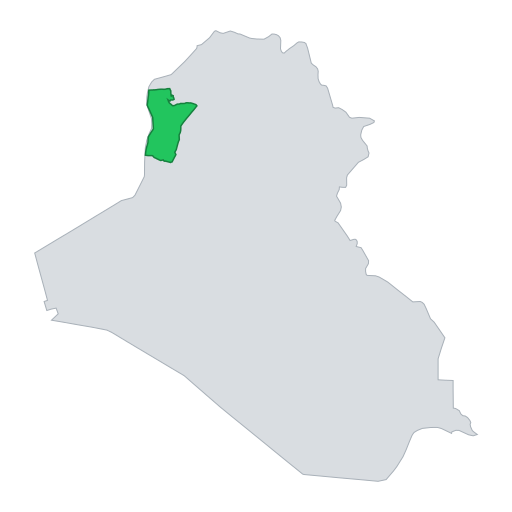 Al-Baaj, Ninawa, Iraq (highlighted)
{"feature_id": "34846034B31604409144822", "entity_name": "Al-Baaj", "entity_type": "district", "adm_level": 2, "iso_a3": "IRQ", "parent_name": "Iraq", "parent_adm1": "Ninawa", "projection": "mercator", "projection_center": [41.748, 35.687], "detail": "fine", "context": "in_parent", "style": "filled", "palette": "green", "viewbox_px": 512, "rotation_deg": 0, "n_neighbors": 0, "source": "geoboundaries", "source_scale": "gbopen_adm2", "svg_char_len": 5231}
<svg xmlns="http://www.w3.org/2000/svg" viewBox="0 0 512 512"><path d="M197.1,45.7L201.5,44.6L209.6,37.7L214.4,31.3L215.9,30.7L220.2,32.8L223.2,33.4L230.3,31.0L234.5,32.3L238.0,33.9L240.0,34.0L249.5,38.0L251.8,38.5L256.7,39.0L264.0,39.2L268.7,36.6L272.0,34.0L274.3,34.1L276.6,34.7L278.5,35.8L280.1,37.7L280.8,40.4L280.5,48.9L281.3,51.2L282.5,52.8L284.2,53.1L286.1,51.3L289.6,48.5L293.9,45.6L297.0,42.9L298.8,41.9L301.7,42.0L304.5,42.5L306.1,43.8L306.1,44.2L307.6,48.2L311.3,63.2L313.4,65.1L315.9,66.7L317.6,68.9L318.2,71.2L318.0,74.6L318.1,78.7L319.1,81.7L320.5,84.1L321.8,85.2L323.7,85.3L326.1,85.9L327.6,88.2L332.6,105.2L333.1,107.4L335.2,108.1L338.6,107.7L342.1,109.5L345.9,112.2L349.5,117.3L351.9,118.2L359.3,117.4L369.6,118.2L374.4,120.9L373.9,122.5L370.2,124.3L363.7,126.5L361.8,130.1L360.7,134.8L360.9,137.4L362.5,140.3L367.1,146.0L367.3,148.1L368.1,151.0L369.0,153.0L368.1,156.8L363.9,159.4L358.4,162.3L347.4,175.0L346.6,177.7L346.7,185.2L345.6,187.4L342.1,187.3L339.4,186.9L339.2,189.6L337.5,193.0L336.5,196.1L340.6,203.2L341.3,207.0L340.6,210.5L336.9,216.4L334.7,220.4L335.2,221.3L338.1,222.9L347.2,235.9L350.1,240.5L354.0,239.3L355.4,239.3L356.5,240.1L357.2,241.6L357.2,243.6L356.2,246.5L361.1,247.7L362.9,250.6L368.6,260.7L368.4,263.7L365.6,268.5L365.6,271.6L366.2,274.4L367.1,275.4L375.5,275.8L379.1,277.0L387.8,282.1L397.7,290.0L405.9,296.4L412.8,301.9L420.2,301.5L422.2,302.4L424.1,304.2L426.2,308.6L430.5,318.8L434.1,322.1L439.7,330.2L444.9,337.8L441.4,348.1L438.1,358.8L438.1,372.5L438.1,379.8L445.2,380.2L453.1,380.5L453.1,389.3L453.2,398.1L453.3,408.1L455.6,408.5L459.3,410.7L460.8,413.9L462.8,415.7L465.2,416.0L467.6,417.6L469.9,420.5L470.8,422.7L470.1,424.2L470.6,426.8L472.3,430.6L474.3,432.3L477.3,434.5L473.2,435.8L468.6,434.8L459.0,430.4L455.9,430.3L451.8,431.9L451.6,433.4L441.4,428.5L437.8,427.5L436.4,427.4L430.6,427.5L422.3,428.4L417.4,430.4L414.0,432.5L412.5,434.6L411.9,435.7L409.3,441.8L406.2,449.6L403.0,456.7L396.8,466.6L393.4,471.1L386.1,479.6L378.1,481.3L359.7,479.6L339.3,477.8L319.0,475.9L303.9,474.5L302.7,474.1L287.7,462.0L275.9,452.4L261.2,440.4L246.1,428.1L230.8,415.7L219.7,406.6L206.2,394.9L193.9,384.2L184.2,375.7L171.7,368.3L162.0,362.5L147.9,354.1L136.5,347.3L126.8,341.5L111.9,332.5L106.9,330.1L91.5,327.1L76.8,324.6L61.6,321.9L51.5,320.2L58.2,313.8L56.1,308.1L51.3,309.1L46.8,310.5L44.1,301.5L47.5,300.4L44.4,288.7L41.1,276.7L37.9,265.0L34.7,253.0L47.5,245.3L57.1,239.5L70.5,231.5L83.4,223.7L95.7,216.2L109.3,208.0L121.4,200.6L132.6,197.6L134.9,195.3L140.0,185.2L144.3,176.6L144.5,174.6L144.6,162.3L145.3,147.9L146.8,140.2L149.3,133.3L151.6,128.3L151.8,123.6L151.5,118.8L149.1,111.6L146.6,104.1L146.9,96.8L147.4,92.9L148.9,86.7L151.6,82.1L154.4,79.3L165.0,76.4L171.2,74.6L179.6,66.5L184.6,61.7L191.6,54.1L196.7,48.4L197.1,46.5L197.1,45.7Z" fill="#d9dde1" stroke="#a8b0b8" stroke-width="1"/><path d="M187.7,102.8L187.4,102.8L186.1,102.8L184.9,103.4L183.1,103.5L181.5,103.5L180.8,103.4L179.7,103.9L179.1,104.1L178.3,104.1L177.4,104.1L177.0,104.2L176.5,104.5L175.9,104.8L175.5,105.0L174.9,105.4L174.4,105.5L174.0,105.6L173.8,105.6L173.5,105.7L172.6,105.7L172.2,105.4L171.7,104.9L171.1,104.3L170.8,104.2L170.3,103.8L170.0,103.5L169.7,103.2L169.4,103.0L169.2,102.7L168.8,102.0L168.5,101.3L168.2,100.4L168.0,99.9L168.4,100.2L169.1,100.7L169.5,100.9L170.0,101.0L170.4,100.1L170.5,100.0L171.7,100.0L172.7,100.0L173.1,99.8L173.5,99.7L173.8,99.5L174.1,99.3L173.9,98.5L173.7,98.0L173.6,97.5L173.2,96.9L173.2,96.4L173.2,95.7L172.5,95.4L172.3,95.3L172.1,95.2L171.8,95.6L171.6,95.9L171.3,96.1L171.2,95.8L171.1,95.4L171.1,95.2L171.0,94.6L170.9,93.8L170.8,92.7L170.8,91.9L170.8,91.4L170.8,90.9L170.7,90.7L170.3,90.0L170.0,89.4L169.7,88.6L169.1,88.6L168.0,88.7L167.5,88.7L167.3,88.7L167.1,88.8L166.5,88.9L165.8,89.1L165.1,89.3L164.3,89.3L163.1,89.3L162.3,89.2L161.5,89.2L160.7,89.2L160.2,89.3L159.6,89.3L158.7,89.4L158.2,89.4L157.6,89.5L157.0,89.6L156.4,89.7L155.6,89.8L155.3,89.8L154.9,89.9L153.9,89.9L153.2,89.9L152.6,90.0L152.2,90.0L151.3,90.0L150.3,90.1L149.8,90.1L149.6,90.1L148.8,90.2L148.7,92.9L148.5,95.3L148.2,97.3L147.9,99.9L147.6,102.5L147.3,104.5L147.2,105.1L147.8,106.6L149.5,110.2L152.7,117.4L153.1,124.0L153.4,128.7L153.0,129.6L151.0,132.5L148.3,136.9L148.0,141.3L148.0,142.2L147.7,143.6L146.6,147.4L146.1,149.6L145.7,152.1L145.4,155.2L146.5,155.4L148.1,155.6L149.4,155.6L151.5,155.6L152.6,155.7L153.8,157.1L154.4,157.6L155.9,158.2L156.7,158.7L158.3,159.4L159.0,159.8L160.7,160.5L162.6,160.1L163.2,159.9L163.9,160.9L164.2,161.1L164.8,161.2L165.3,161.1L169.2,162.1L170.0,162.3L170.5,162.5L170.8,162.3L171.0,162.2L172.1,161.9L172.8,160.5L173.7,158.8L174.4,157.4L175.3,155.8L175.9,154.6L174.8,152.3L175.4,151.1L175.9,150.3L176.3,149.5L176.4,149.2L176.7,147.9L177.0,146.7L177.2,146.0L177.9,143.4L178.2,142.4L178.4,141.7L178.9,140.6L179.3,139.7L179.1,134.9L179.4,134.3L179.7,133.5L180.1,132.9L180.5,131.5L180.6,130.8L180.7,130.5L180.8,128.3L180.8,126.1L181.8,124.6L183.5,122.2L185.2,120.1L186.7,118.2L188.5,116.1L190.0,114.3L191.6,112.3L194.0,109.5L196.5,106.3L196.9,105.9L196.0,104.7L195.1,104.3L194.1,104.0L193.1,103.6L192.8,103.5L192.0,103.3L191.5,103.1L191.0,103.1L190.6,102.9L189.7,103.0L188.8,102.9L188.3,102.9L187.7,102.8Z" fill="#22c55e" stroke="#15803d" stroke-width="1.5"/></svg>